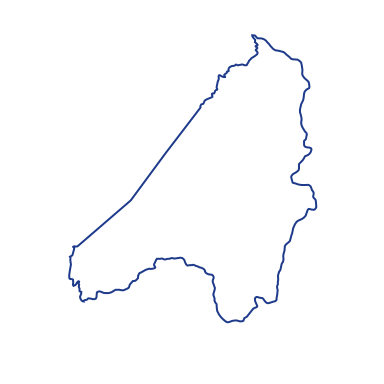 San Jose del Potrero, Comayagua, Honduras, rotated 76°
{"feature_id": "27666195B91463241716660", "entity_name": "San Jose del Potrero", "entity_type": "district", "adm_level": 2, "iso_a3": "HND", "parent_name": "Honduras", "parent_adm1": "Comayagua", "projection": "mercator", "projection_center": [-87.296, 14.845], "detail": "fine", "context": "isolated", "style": "outline", "palette": "blue", "viewbox_px": 384, "rotation_deg": 76, "n_neighbors": 0, "source": "geoboundaries", "source_scale": "gbopen_adm2", "svg_char_len": 5881}
<svg xmlns="http://www.w3.org/2000/svg" viewBox="0 0 384 384"><g transform="rotate(76 192 192)"><path d="M271.9,323.8L271.6,323.9L271.1,322.9L271.0,322.3L271.1,320.9L271.0,319.9L270.2,318.6L270.1,318.2L270.9,316.1L271.9,314.3L272.3,313.0L272.3,311.5L271.9,310.8L270.8,310.1L266.5,308.6L266.1,307.9L266.0,306.8L266.0,306.0L266.2,305.4L267.1,304.0L268.6,302.0L269.0,300.7L269.8,298.1L269.9,296.4L269.8,294.4L268.4,289.9L269.2,286.4L270.5,283.5L270.7,282.8L270.7,281.5L270.0,277.8L269.7,276.9L269.2,276.2L267.8,275.4L266.6,274.5L264.2,271.1L264.1,270.7L264.4,269.3L264.4,268.5L263.8,267.2L262.7,265.5L262.4,265.2L260.1,264.5L258.1,262.7L257.5,259.9L256.5,256.4L256.2,254.5L256.1,252.1L256.7,250.4L256.9,249.0L256.9,247.3L256.6,246.2L256.3,245.9L255.9,245.9L253.9,246.5L253.0,246.3L249.1,243.1L248.3,242.2L249.0,239.7L249.3,237.2L249.7,236.5L250.5,235.6L250.9,234.6L251.0,233.2L250.9,231.8L251.4,229.9L251.2,228.9L251.2,227.8L251.4,226.9L252.0,226.0L252.4,224.8L252.9,219.4L253.2,218.5L253.7,217.5L254.4,216.9L255.3,216.3L256.5,215.8L258.0,215.8L260.5,215.3L261.2,215.0L262.1,214.4L262.3,213.8L262.5,211.5L262.9,209.8L262.9,208.5L263.5,207.5L264.4,206.4L266.1,203.8L266.7,203.3L267.8,201.2L269.1,199.7L270.1,198.9L271.6,198.4L272.1,198.6L272.5,198.6L274.2,197.9L275.9,195.8L276.6,193.9L277.3,192.5L277.8,192.1L278.4,191.8L279.5,191.6L280.7,191.8L282.7,193.2L284.1,193.6L285.3,193.6L287.1,193.3L289.2,193.2L290.4,193.0L291.0,193.1L292.3,193.7L296.0,195.8L297.0,196.2L298.8,196.0L300.9,195.9L301.5,196.0L302.5,196.4L303.2,196.4L305.0,196.1L306.4,195.4L306.8,195.3L311.1,196.1L313.6,196.3L316.7,195.6L318.5,195.0L320.1,194.3L323.1,192.6L325.4,190.9L326.6,189.8L326.9,189.2L327.1,188.3L327.1,186.9L326.8,184.2L326.9,182.4L327.4,179.8L329.0,177.0L329.4,175.8L329.5,174.8L329.4,173.3L327.1,171.8L326.4,169.3L326.1,168.7L320.0,160.8L319.7,159.8L319.4,157.3L319.0,156.6L318.6,156.3L318.1,156.3L313.6,157.1L312.8,157.1L311.4,156.9L310.5,156.7L310.2,156.4L309.8,155.8L309.5,155.0L309.5,154.6L309.7,154.0L310.8,152.2L312.0,149.4L313.1,148.6L314.9,148.0L316.5,147.2L317.6,146.4L318.2,145.4L318.4,144.3L318.1,140.2L318.1,138.4L317.9,137.3L317.5,136.5L317.0,136.0L315.3,135.6L312.9,134.4L308.1,132.7L307.5,132.6L305.8,132.6L304.5,132.4L303.4,131.9L302.6,131.1L300.0,130.5L299.1,130.0L298.0,129.6L294.0,128.8L292.1,127.8L291.1,127.1L290.4,126.8L289.4,125.5L288.8,125.0L283.5,122.4L282.9,121.9L282.0,120.8L281.0,120.2L279.4,119.5L278.0,119.2L276.8,119.1L275.8,118.8L274.1,118.1L271.4,116.5L267.3,115.1L266.9,114.9L265.6,113.5L263.9,109.9L263.4,109.2L263.0,108.7L257.7,105.8L256.3,104.8L251.8,102.7L248.4,100.1L246.9,98.5L246.2,97.6L245.7,96.4L245.4,95.4L245.0,93.1L244.6,91.4L244.2,90.2L243.1,88.3L242.4,87.4L237.8,84.4L237.2,83.9L236.9,83.3L236.7,82.8L236.8,82.3L238.0,80.1L238.7,78.3L238.7,77.9L238.6,77.2L238.2,76.5L237.1,75.3L236.5,75.0L232.0,74.2L230.0,74.0L229.0,74.2L226.9,75.4L225.9,75.6L223.0,74.3L221.9,74.2L220.7,74.4L219.3,75.1L216.1,75.4L214.8,75.8L214.0,76.5L213.3,77.3L213.0,78.3L212.8,79.5L212.3,81.8L211.6,84.3L210.3,87.2L208.7,89.6L207.6,91.7L207.3,92.0L206.6,92.1L201.9,92.2L201.1,92.0L200.6,91.7L199.9,90.9L199.1,89.8L198.1,86.3L197.4,84.7L196.7,83.5L196.0,82.9L195.1,82.5L191.3,81.6L190.6,81.2L188.0,77.0L186.4,75.2L185.4,74.4L184.7,73.7L184.1,70.3L183.2,68.6L182.2,67.4L180.8,66.4L179.6,65.8L178.7,65.8L178.1,66.2L177.5,67.0L176.2,70.2L175.7,70.9L175.0,71.6L173.7,71.9L169.8,71.0L169.4,70.7L168.5,69.1L167.9,68.5L163.7,66.6L163.0,66.6L162.3,66.8L160.5,67.8L156.0,69.2L153.5,69.5L152.1,69.5L151.2,69.3L150.2,69.0L148.8,68.3L147.0,67.9L143.9,67.8L140.6,67.9L138.2,67.3L133.3,64.9L130.5,62.5L129.2,61.6L127.9,61.0L123.8,59.5L122.3,58.7L121.4,57.8L120.3,56.1L119.7,53.7L119.6,53.3L119.0,52.9L117.8,52.5L115.0,52.2L113.3,52.3L111.9,53.1L108.7,55.3L106.8,56.1L105.1,56.6L103.8,56.4L100.2,55.3L96.4,54.9L92.9,54.8L92.0,55.2L90.8,56.0L89.6,57.0L89.1,57.6L87.6,62.1L86.7,63.6L84.2,65.1L81.3,67.3L79.6,68.3L78.3,69.4L76.0,73.6L74.8,76.5L73.8,77.7L72.7,78.7L69.2,80.6L67.2,81.4L65.4,82.5L63.1,83.6L61.9,84.5L60.8,85.7L60.1,86.9L59.7,87.7L58.7,91.2L58.1,91.6L55.5,93.0L55.1,93.7L54.5,95.7L55.1,95.8L56.1,95.6L57.6,95.0L59.0,94.2L59.7,93.9L61.9,94.7L63.7,93.3L65.1,92.8L65.7,94.8L65.9,95.0L66.4,94.9L66.5,94.3L66.7,94.1L67.3,93.8L67.8,93.8L68.5,94.0L69.3,95.5L69.6,95.8L70.0,95.8L71.7,94.8L72.4,94.7L73.4,94.9L74.2,95.7L75.3,98.1L76.5,101.8L78.6,105.0L79.9,106.0L81.1,107.4L81.8,107.7L82.1,108.3L82.1,109.0L81.9,109.9L80.4,112.4L80.3,113.5L80.2,116.7L79.9,117.3L79.3,117.9L79.0,118.5L79.1,118.8L79.5,119.5L79.7,120.8L79.7,121.5L79.4,122.5L79.4,122.9L80.0,125.2L80.7,126.2L82.0,127.0L83.3,127.1L83.6,127.3L83.7,127.8L83.6,128.4L83.6,128.7L83.9,129.1L84.5,129.3L84.9,129.7L85.5,131.2L86.1,132.3L86.6,132.5L87.5,132.3L88.1,132.0L88.4,132.1L88.3,133.0L87.6,134.4L86.8,135.4L85.7,136.4L85.4,136.9L85.3,137.3L85.4,137.7L86.1,138.2L87.9,138.5L89.3,138.9L90.4,139.8L91.5,140.5L96.1,142.7L97.3,142.8L98.3,142.6L98.6,142.7L98.8,142.9L98.9,144.1L99.4,145.0L99.9,145.4L101.1,146.1L101.7,146.7L101.7,147.2L101.3,148.2L101.6,148.8L102.4,149.2L103.7,149.0L104.3,149.1L104.7,149.3L104.9,150.1L105.6,155.0L106.1,156.8L106.3,157.4L106.6,157.7L109.1,159.6L109.3,161.9L110.6,163.0L111.3,163.3L112.1,163.3L148.8,209.3L185.3,253.4L217.0,316.2L216.9,317.6L216.6,318.6L216.7,319.0L216.3,319.2L216.2,319.6L216.2,320.1L216.5,320.6L216.8,320.5L217.9,319.9L218.5,320.0L224.2,323.2L224.6,323.7L225.3,326.1L226.6,325.8L228.7,326.6L229.9,326.7L233.0,327.0L238.4,329.4L243.1,331.3L245.7,331.8L246.3,331.8L246.8,331.4L247.7,329.2L248.2,328.7L250.6,329.0L253.0,329.9L253.8,329.9L254.4,329.7L254.1,327.8L253.8,327.7L253.7,327.1L251.9,325.3L251.3,324.3L251.2,323.6L251.6,323.2L252.3,323.5L253.4,324.3L254.6,323.9L256.5,324.8L258.5,324.5L260.8,325.1L261.3,324.9L262.1,323.6L262.4,323.7L264.1,324.2L266.2,325.8L267.3,326.1L269.3,325.9L270.7,325.3L271.7,324.4L271.9,323.8Z" fill="none" stroke="#1e3a8a" stroke-width="2"/></g></svg>